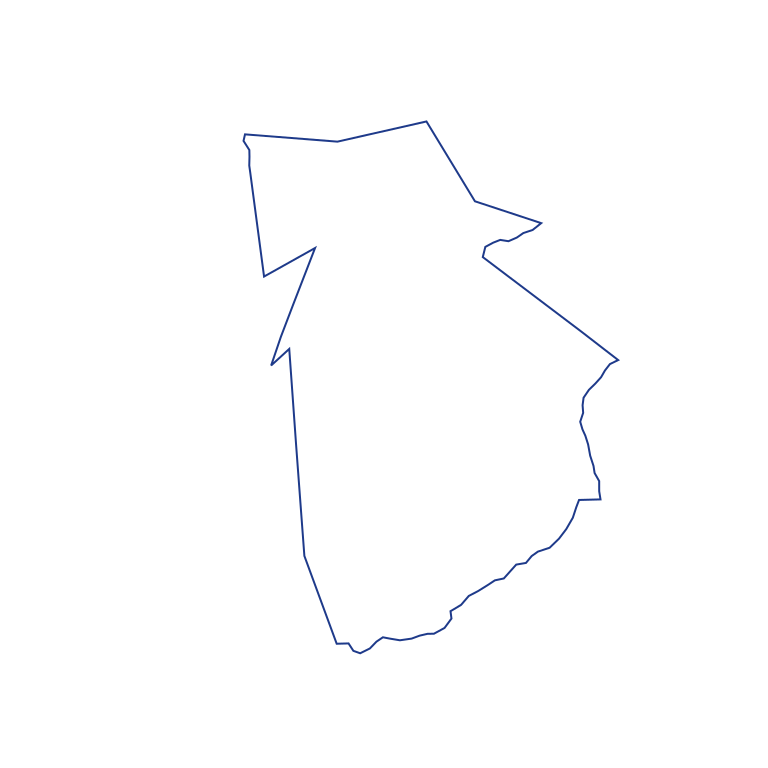 São João da Varjota, Piauí, Brazil (Natural Earth projection), rotated 210°
{"feature_id": "56859067B92714876979598", "entity_name": "São João da Varjota", "entity_type": "district", "adm_level": 2, "iso_a3": "BRA", "parent_name": "Brazil", "parent_adm1": "Piauí", "projection": "natural_earth1", "projection_center": [-41.918, -6.948], "detail": "fine", "context": "isolated", "style": "outline", "palette": "blue", "viewbox_px": 768, "rotation_deg": 210, "n_neighbors": 0, "source": "geoboundaries", "source_scale": "gbopen_adm2", "svg_char_len": 1114}
<svg xmlns="http://www.w3.org/2000/svg" viewBox="0 0 768 768"><g transform="rotate(210 384 384)"><path d="M491.0,343.6L483.6,367.0L429.8,287.5L367.0,195.3L295.1,135.4L285.0,141.6L277.1,137.6L270.0,138.9L264.0,147.9L261.7,157.1L258.3,164.1L251.7,166.4L242.1,170.0L232.8,177.3L227.3,183.9L221.4,189.4L215.9,192.7L209.6,203.0L208.3,214.6L212.8,220.5L206.8,231.3L204.6,242.9L199.1,251.5L193.8,261.4L189.8,269.4L183.0,275.5L179.2,293.7L171.6,300.0L170.1,308.8L166.9,315.8L158.7,325.0L155.1,337.6L153.6,349.5L153.6,362.6L155.9,373.6L157.1,381.1L138.8,392.3L144.0,398.7L149.1,407.5L157.1,412.2L161.6,417.8L169.6,425.0L177.0,433.7L183.8,439.9L189.4,443.9L195.2,449.4L197.1,458.6L201.4,464.9L204.3,471.9L203.6,481.5L201.2,490.0L199.4,498.4L199.4,506.2L198.3,514.2L193.2,521.8L239.8,528.1L361.9,543.3L364.8,553.4L360.1,561.0L355.4,566.9L347.6,569.9L342.2,577.2L338.8,584.4L332.3,591.7L328.3,601.9L396.6,587.7L478.5,632.6L545.5,570.6L629.2,530.7L627.2,524.3L617.6,519.3L614.1,513.5L609.9,505.8L605.3,499.9L541.6,417.1L511.7,467.3L502.3,406.9L496.9,373.3L491.0,343.6Z" fill="none" stroke="#1e3a8a" stroke-width="2"/></g></svg>